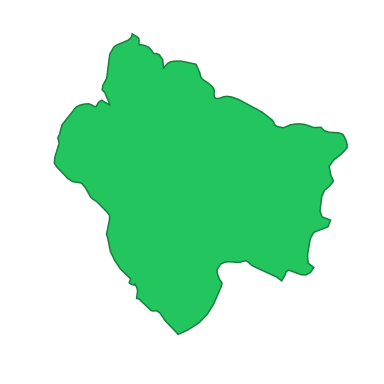 map outline of Bragança (Equal Earth projection), rotated 102°
{"feature_id": "PRT-750", "entity_name": "Bragança", "entity_type": "District", "adm_level": 1, "iso_a3": "PRT", "parent_name": "Portugal", "parent_adm1": "", "projection": "equal_earth", "projection_center": [-6.92, 41.518], "detail": "fine", "context": "isolated", "style": "filled", "palette": "green", "viewbox_px": 384, "rotation_deg": 102, "n_neighbors": 0, "source": "natural_earth", "source_scale": "10m", "svg_char_len": 2290}
<svg xmlns="http://www.w3.org/2000/svg" viewBox="0 0 384 384"><g transform="rotate(102 192 192)"><path d="M270.4,256.9L267.2,259.4L253.6,265.3L251.5,266.8L236.3,267.0L232.2,267.7L229.5,270.7L221.3,283.0L219.6,287.5L218.2,290.0L210.1,297.0L207.0,300.8L206.2,302.9L206.7,310.5L204.8,316.0L195.6,329.5L192.5,332.7L186.1,333.4L171.8,332.1L167.0,334.5L166.8,334.5L163.1,333.6L153.2,333.1L132.7,322.8L130.2,319.5L128.3,315.4L127.2,311.4L127.5,308.7L128.5,305.9L128.7,303.8L126.4,302.9L124.7,302.5L123.2,301.6L121.9,300.4L120.9,299.1L121.9,297.1L124.0,290.6L121.7,291.8L112.8,298.0L110.7,301.2L106.0,301.3L98.5,299.1L80.3,300.6L74.4,301.1L66.6,298.6L63.7,296.0L56.8,286.0L53.3,283.5L49.8,283.4L51.2,279.3L51.6,277.9L52.6,276.2L54.8,275.2L58.1,274.7L59.0,274.2L58.6,272.6L58.5,270.6L58.6,268.0L59.6,264.1L61.7,261.3L64.0,258.8L64.5,257.5L64.0,255.6L64.5,252.5L68.6,248.2L76.6,245.6L71.1,242.4L69.1,240.0L67.5,235.9L66.2,229.7L66.2,214.7L73.8,209.1L75.9,208.3L77.9,207.1L79.9,204.5L81.7,199.7L84.4,194.5L86.6,192.0L88.9,191.1L91.0,190.9L93.0,190.4L94.7,189.5L95.5,187.9L95.1,186.0L94.2,183.9L92.9,182.0L91.9,180.0L91.1,177.5L90.8,173.5L91.8,165.5L99.3,140.1L105.1,128.2L107.1,126.3L108.5,125.6L109.7,123.9L110.3,122.1L110.2,117.9L110.0,115.5L105.8,109.7L103.8,104.3L103.1,101.3L102.5,95.9L103.1,89.8L103.7,86.7L102.3,80.8L101.9,79.2L104.5,75.5L105.1,70.7L103.6,60.9L104.1,56.7L105.8,54.9L109.3,52.2L113.4,50.0L116.7,49.5L124.1,54.0L131.2,60.0L138.4,63.2L146.6,59.7L152.0,55.9L154.1,56.9L157.3,58.5L163.0,62.8L169.4,64.1L183.8,62.9L189.3,59.6L190.7,50.6L197.8,51.8L206.2,64.6L213.1,66.6L229.6,65.9L237.4,63.6L240.5,57.1L246.1,59.4L249.3,63.1L250.2,68.0L248.3,81.1L250.2,83.2L254.3,83.8L260.3,85.8L257.6,91.5L252.0,116.2L251.0,119.0L249.4,121.6L248.0,124.4L248.8,127.1L250.3,129.7L251.4,132.5L252.0,138.1L253.2,144.1L256.4,148.9L262.9,151.3L265.3,150.7L268.8,148.9L271.9,146.8L273.5,144.9L275.1,143.6L278.2,143.7L297.0,147.5L308.4,151.6L318.8,158.2L328.6,168.3L331.8,172.8L334.2,175.8L323.2,191.8L317.2,198.0L315.7,201.1L315.9,203.5L316.5,205.5L316.4,207.5L307.7,221.5L307.6,224.1L300.4,224.6L297.2,225.9L294.2,228.3L294.9,228.4L295.0,230.3L294.8,232.6L294.2,234.3L293.3,234.6L290.4,234.0L289.5,234.3L282.2,246.0L274.8,253.6L270.4,256.9Z" fill="#22c55e" stroke="#15803d" stroke-width="1.5"/></g></svg>